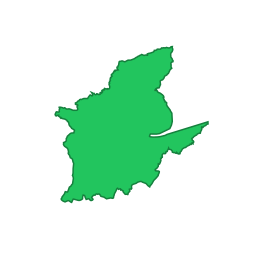 outline of Mampikony, Sofia, Madagascar, rotated 292°
{"feature_id": "10022922B54995100782210", "entity_name": "Mampikony", "entity_type": "district", "adm_level": 2, "iso_a3": "MDG", "parent_name": "Madagascar", "parent_adm1": "Sofia", "projection": "albers", "projection_center": [47.723, -16.182], "detail": "fine", "context": "isolated", "style": "filled", "palette": "green", "viewbox_px": 256, "rotation_deg": 292, "n_neighbors": 0, "source": "geoboundaries", "source_scale": "gbopen_adm2", "svg_char_len": 5828}
<svg xmlns="http://www.w3.org/2000/svg" viewBox="0 0 256 256"><g transform="rotate(292 128 128)"><path d="M220.1,138.6L219.5,137.5L218.3,137.0L217.8,136.5L217.4,135.7L217.1,133.4L216.2,132.6L215.8,131.1L215.2,130.2L214.8,129.1L213.5,128.7L213.1,128.3L212.1,125.6L211.0,125.3L210.3,124.4L209.8,123.3L208.9,123.5L207.8,122.9L205.7,120.5L205.0,119.3L203.9,118.1L203.6,118.1L203.0,118.8L202.9,119.4L202.1,116.6L201.3,115.8L201.3,113.1L200.4,112.5L199.7,111.7L198.8,111.2L198.4,110.5L197.6,110.2L196.6,109.2L194.6,107.9L191.9,105.0L190.9,102.6L188.2,100.3L188.0,97.3L187.2,96.5L186.9,95.6L186.4,95.1L186.0,95.0L182.8,95.7L181.8,95.5L180.8,95.7L180.2,95.0L179.0,95.7L178.2,97.1L177.0,95.2L176.9,94.6L176.7,94.3L176.0,94.6L175.8,94.1L175.4,94.4L174.7,93.7L173.4,93.7L173.1,93.4L171.1,92.6L170.4,93.0L170.3,93.6L169.9,93.8L169.6,93.5L168.7,93.3L168.3,92.9L167.4,93.3L166.7,93.0L165.4,93.9L164.8,93.8L164.5,93.4L163.7,93.7L162.7,93.5L162.5,94.2L161.3,94.1L159.7,95.5L158.2,96.0L157.5,95.9L157.1,95.6L156.9,94.9L156.4,94.7L156.7,94.0L156.0,93.3L155.9,91.5L155.5,91.6L155.0,91.2L154.5,91.7L154.1,91.4L154.0,90.5L153.5,90.1L153.1,90.2L152.9,89.8L152.0,90.3L151.9,90.8L151.7,90.7L151.7,90.2L150.5,90.4L150.7,89.4L150.0,88.9L148.7,89.5L148.6,89.4L148.0,88.3L148.2,87.3L147.9,87.0L148.1,86.4L148.0,86.2L147.5,86.3L146.7,85.4L146.8,84.2L147.4,83.6L147.0,82.9L147.1,82.6L146.9,82.3L147.3,81.6L147.3,80.9L146.3,82.4L145.2,82.9L144.6,82.9L144.2,82.3L144.6,81.0L144.3,80.4L141.7,79.7L140.2,79.5L138.8,76.0L137.9,75.0L137.1,74.4L136.9,73.4L136.1,72.5L135.0,72.4L134.1,71.4L132.1,70.8L131.6,69.9L130.4,70.3L130.2,71.7L130.6,72.3L130.5,72.8L129.8,73.0L128.5,72.8L127.3,74.0L126.5,74.4L125.9,74.3L125.1,73.7L123.8,70.3L123.9,68.5L123.7,66.2L122.6,64.2L122.6,63.3L123.1,61.8L122.9,61.4L122.2,60.9L122.3,59.4L122.0,57.7L121.5,56.4L121.1,56.5L120.4,57.5L118.9,57.4L117.5,58.2L116.8,57.9L116.2,55.6L115.9,55.4L113.4,55.3L112.3,56.2L112.3,57.0L113.1,57.5L113.8,58.8L113.1,58.8L113.0,59.0L113.2,59.3L112.8,60.0L112.5,61.3L112.6,61.9L112.4,62.0L112.0,61.8L111.8,62.2L112.2,62.8L112.2,64.0L112.6,66.0L112.3,68.1L112.1,68.8L111.3,69.4L111.3,70.4L110.6,71.1L109.3,71.9L108.3,72.8L107.1,75.4L106.6,75.8L106.2,78.3L105.9,79.2L103.2,79.6L102.1,77.4L101.3,76.6L97.5,74.8L96.4,75.0L95.1,74.7L93.5,75.4L92.7,75.5L91.0,74.5L90.4,73.7L89.6,74.1L88.8,74.2L88.1,74.8L87.3,76.0L86.6,79.1L85.7,80.4L83.1,82.1L82.5,81.9L81.9,82.2L81.3,83.0L80.9,83.9L78.8,85.7L78.7,87.1L78.2,88.2L76.0,89.7L74.8,90.9L74.1,91.1L69.9,92.3L65.5,94.0L63.7,94.3L63.3,94.2L62.4,95.2L60.9,96.2L55.5,97.5L53.8,96.9L52.7,96.8L51.2,95.8L46.4,96.0L45.8,95.7L45.5,93.7L42.8,93.7L39.4,92.7L38.6,92.9L37.4,92.6L36.9,92.8L36.5,93.2L36.0,94.7L35.9,95.8L35.9,97.3L38.2,99.6L38.4,100.6L37.9,102.7L37.9,103.6L41.5,103.8L41.7,104.2L42.3,109.1L42.8,110.4L44.2,111.8L45.3,112.4L46.9,111.8L49.0,111.5L49.2,112.4L48.7,113.6L47.6,114.3L46.1,116.0L47.6,117.8L47.7,118.6L47.3,119.1L46.8,120.4L47.1,121.3L47.9,122.1L48.7,122.3L49.1,121.9L49.9,120.4L50.6,120.4L52.7,121.2L53.1,121.7L53.3,122.6L54.7,123.1L55.1,123.5L55.2,124.7L56.0,125.8L55.9,126.2L55.9,126.6L54.5,128.5L54.9,131.6L54.3,134.6L56.6,138.0L57.1,140.2L57.8,140.7L59.5,140.3L60.7,140.3L61.4,140.1L62.3,140.1L64.7,140.4L67.3,140.4L68.1,140.7L68.3,141.0L67.7,141.7L67.6,142.4L68.4,143.1L68.8,143.7L68.5,144.2L67.8,144.5L68.3,145.2L67.8,146.1L67.9,147.0L66.9,147.5L65.6,149.9L65.5,150.3L66.1,151.7L66.2,152.7L66.7,152.8L67.7,152.5L70.2,153.4L71.7,152.2L72.3,152.9L72.5,153.9L73.4,154.1L74.7,153.3L76.1,152.9L76.5,153.0L77.8,153.9L79.7,156.2L81.4,157.3L82.9,159.2L83.4,160.4L83.2,161.8L83.3,165.2L83.1,166.0L82.0,168.1L81.5,170.2L83.0,170.2L84.0,170.7L85.7,171.1L89.0,171.5L92.3,172.9L95.2,173.8L96.1,173.5L97.3,173.7L98.3,173.5L98.6,173.6L99.4,173.3L99.5,172.4L98.7,169.9L99.0,169.1L99.5,168.8L100.2,168.9L100.9,169.6L102.0,170.0L103.8,170.4L106.1,169.6L106.1,170.5L106.7,170.8L107.4,170.7L107.9,170.9L109.1,170.7L109.9,170.8L111.6,169.8L112.4,170.3L113.2,169.9L113.7,170.7L114.2,170.4L114.8,170.4L115.1,170.0L115.8,169.7L117.6,170.3L117.9,170.6L117.9,171.7L118.4,172.3L119.1,172.4L119.8,172.0L120.6,172.9L121.1,173.2L121.9,172.9L123.1,173.3L124.6,173.2L123.7,174.1L124.0,175.9L123.4,177.4L122.2,178.2L122.3,179.8L122.8,180.5L122.5,181.4L122.6,182.2L123.0,182.4L123.6,182.4L122.9,183.4L123.0,183.8L122.8,184.4L123.5,184.9L123.3,185.6L123.5,185.8L124.1,185.8L125.0,185.4L126.3,186.0L129.0,186.3L130.9,187.7L131.5,188.7L133.4,189.7L135.4,191.6L136.4,191.7L136.4,192.7L136.7,192.9L138.3,192.9L138.4,193.1L137.7,193.9L137.7,194.2L138.5,193.8L139.2,194.2L140.0,194.0L140.5,193.4L140.6,192.4L142.2,191.1L143.6,192.0L144.8,192.3L145.6,193.0L146.5,193.4L147.1,194.2L148.6,194.6L149.6,195.8L150.1,196.1L150.1,196.8L150.3,197.0L151.7,196.7L153.8,196.9L155.2,196.7L156.0,196.0L156.6,195.9L156.9,196.7L156.7,197.3L158.3,197.9L159.5,199.2L160.9,199.5L161.7,200.7L163.7,199.8L136.5,166.4L135.1,165.3L132.0,161.0L130.8,158.8L129.0,154.8L128.1,151.8L128.4,151.0L130.5,150.9L130.9,151.2L133.0,156.6L134.6,159.3L143.1,167.0L147.0,167.2L150.7,166.6L158.2,163.1L159.6,161.1L160.4,160.4L162.8,156.4L163.9,155.1L165.9,154.4L166.3,153.2L166.1,152.5L166.9,152.2L167.2,151.3L168.0,150.8L168.2,150.3L169.1,149.7L169.3,149.3L169.7,149.3L170.1,149.7L171.0,148.9L171.8,147.2L171.8,146.5L172.1,146.0L172.4,144.4L172.3,143.4L172.5,142.4L172.7,141.9L173.5,141.0L173.3,139.5L172.7,138.5L173.7,139.1L174.6,139.1L174.8,139.9L176.2,140.1L176.7,141.6L176.9,141.8L179.1,141.8L179.8,141.6L180.1,141.9L180.6,141.8L183.5,140.2L184.9,141.0L185.6,142.0L187.4,142.6L189.9,142.6L191.6,144.1L193.0,144.4L193.6,145.0L197.9,145.2L199.8,146.2L200.8,145.0L202.8,144.3L203.6,143.6L204.9,143.6L205.5,143.9L206.2,144.8L207.1,144.7L207.9,143.6L208.6,143.1L209.9,141.1L212.7,139.8L213.8,139.8L215.2,140.3L216.7,140.3L217.9,140.0L219.1,138.8L220.1,138.6Z" fill="#22c55e" stroke="#15803d" stroke-width="1.5"/></g></svg>